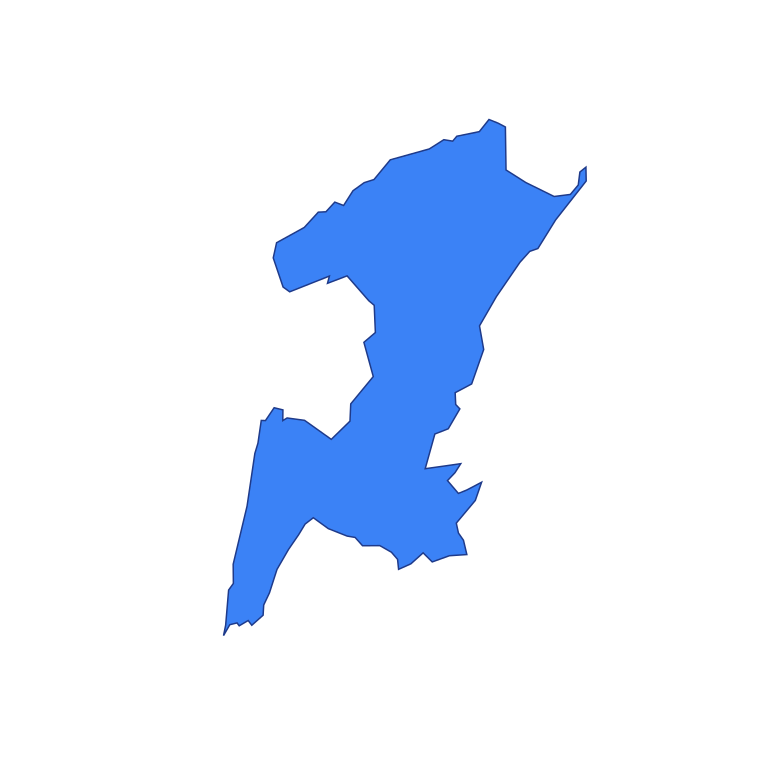 Say, Tillabéri, Niger (Equal Earth projection), rotated 40°
{"feature_id": "23599985B83200163093073", "entity_name": "Say", "entity_type": "district", "adm_level": 2, "iso_a3": "NER", "parent_name": "Niger", "parent_adm1": "Tillabéri", "projection": "equal_earth", "projection_center": [2.303, 12.594], "detail": "fine", "context": "isolated", "style": "filled", "palette": "blue", "viewbox_px": 768, "rotation_deg": 40, "n_neighbors": 0, "source": "geoboundaries", "source_scale": "gbopen_adm2", "svg_char_len": 1451}
<svg xmlns="http://www.w3.org/2000/svg" viewBox="0 0 768 768"><g transform="rotate(40 384 384)"><path d="M244.4,374.6L252.5,374.0L272.8,336.4L276.0,343.2L286.2,324.9L318.9,330.0L325.9,330.0L344.3,350.1L341.8,365.0L371.0,385.2L371.3,420.6L381.8,434.3L379.2,460.3L346.5,462.9L331.6,472.3L330.0,477.1L323.2,468.8L315.1,472.8L316.7,488.2L313.4,490.8L325.5,510.4L329.7,520.2L357.6,565.6L384.3,619.0L396.8,633.6L397.4,641.7L417.7,670.5L422.8,679.9L420.6,667.5L425.0,661.5L428.5,662.3L432.0,652.5L437.8,653.8L440.0,638.8L433.9,630.6L430.5,617.6L421.2,594.8L417.2,572.1L415.5,554.4L413.6,542.0L415.8,531.9L434.3,530.6L453.5,524.2L460.5,520.1L471.5,521.7L484.7,510.5L497.8,508.1L507.1,509.6L514.3,516.6L520.2,504.4L522.5,488.2L535.3,489.3L544.5,473.5L557.1,461.4L545.3,452.6L536.8,450.3L528.8,444.1L528.8,414.5L521.9,396.5L515.5,412.1L511.3,420.0L494.7,417.2L495.4,406.3L494.0,395.7L483.9,407.0L470.0,422.4L455.1,389.6L462.0,377.0L458.1,354.3L452.1,353.6L444.1,344.9L451.1,327.6L438.2,293.5L419.8,278.1L413.9,244.7L409.9,203.4L410.4,188.7L414.8,181.3L410.0,148.0L408.4,98.5L399.3,88.1L397.8,95.7L404.9,106.7L404.9,119.0L393.8,131.0L363.2,138.5L339.9,141.6L311.8,109.1L303.9,110.8L294.4,113.9L294.8,129.4L280.5,147.4L280.5,153.8L272.8,158.4L267.6,174.8L244.7,208.2L244.9,233.8L239.4,242.5L236.0,255.8L238.3,273.2L229.4,276.3L228.8,289.4L223.2,294.6L222.3,315.3L210.9,344.8L218.1,358.6L244.4,374.6Z" fill="#3b82f6" stroke="#1e3a8a" stroke-width="1.5"/></g></svg>